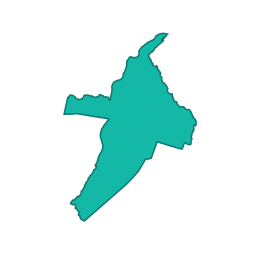 Bom Jesus da Lapa, Bahia, Brazil (orthographic projection), rotated 13°
{"feature_id": "56859067B88017045817221", "entity_name": "Bom Jesus da Lapa", "entity_type": "district", "adm_level": 2, "iso_a3": "BRA", "parent_name": "Brazil", "parent_adm1": "Bahia", "projection": "orthographic", "projection_center": [-43.321, -13.283], "detail": "fine", "context": "isolated", "style": "filled", "palette": "teal", "viewbox_px": 256, "rotation_deg": 13, "n_neighbors": 0, "source": "geoboundaries", "source_scale": "gbopen_adm2", "svg_char_len": 5829}
<svg xmlns="http://www.w3.org/2000/svg" viewBox="0 0 256 256"><g transform="rotate(13 128 128)"><path d="M193.2,110.6L193.6,110.0L193.5,109.4L193.3,108.7L193.2,107.7L193.1,107.1L192.8,106.5L192.4,105.8L192.3,105.3L191.7,104.9L191.4,104.3L190.6,103.9L189.9,103.5L189.3,102.9L189.0,102.4L188.6,102.0L188.2,101.7L187.7,101.5L187.6,100.9L187.4,100.4L187.0,99.8L186.4,99.2L186.1,98.5L184.6,97.1L183.7,96.4L182.3,96.5L181.6,96.8L180.8,96.9L180.1,96.7L179.6,96.4L179.3,96.0L178.7,95.6L177.8,95.1L177.2,94.8L176.8,95.1L175.1,95.5L174.4,95.3L173.9,95.8L172.5,95.0L172.0,94.6L171.5,94.4L170.7,94.0L170.3,93.4L169.8,91.9L169.1,91.5L168.5,91.9L168.0,91.8L167.3,91.2L166.8,91.0L166.4,90.6L165.6,89.3L165.0,88.6L164.7,87.6L164.2,87.1L163.8,86.7L163.7,86.2L163.5,85.3L163.0,84.7L162.4,85.0L161.5,85.4L160.9,85.3L160.2,84.9L159.7,84.8L159.0,84.3L158.0,83.0L157.7,81.9L158.0,80.6L156.8,79.5L156.4,78.8L156.0,78.1L155.3,77.8L154.8,77.4L154.0,76.8L153.7,76.2L153.0,76.2L152.3,75.9L151.5,75.9L151.1,75.4L150.8,74.6L150.4,74.0L149.9,73.6L149.8,72.9L150.0,72.3L149.4,71.0L148.0,70.0L147.7,69.5L147.4,68.9L147.3,68.1L147.4,67.0L146.9,66.6L146.6,66.2L146.1,66.3L145.5,66.5L145.2,65.9L145.3,65.4L145.1,64.8L144.6,64.4L144.0,64.4L143.4,64.2L143.4,63.6L143.3,62.9L143.2,62.1L142.6,61.5L142.1,61.2L141.6,61.2L141.4,61.9L141.0,62.3L140.6,62.0L140.1,61.8L139.0,61.8L138.5,61.5L138.2,61.0L137.6,61.0L137.4,60.5L137.7,60.0L137.5,59.2L137.0,59.1L136.2,59.1L135.8,58.9L135.5,58.3L135.4,57.5L135.5,57.0L134.7,56.3L134.0,56.3L133.4,55.8L133.4,55.0L133.1,54.3L131.9,53.8L131.5,53.2L131.8,52.8L131.9,52.2L132.2,51.7L132.2,51.1L132.6,50.1L133.1,49.7L133.5,49.4L134.1,48.8L134.9,47.7L135.7,46.1L135.9,45.3L136.1,44.8L136.3,44.4L136.5,43.7L136.9,43.1L137.5,42.7L138.1,42.0L138.3,41.3L138.6,40.6L139.2,40.1L139.8,39.3L140.2,38.7L141.2,37.5L142.2,35.8L142.6,35.5L142.9,34.9L142.8,34.2L142.1,34.1L141.8,34.5L141.2,35.6L141.0,34.8L141.3,33.3L142.5,32.3L143.1,32.3L143.0,31.7L143.5,31.1L143.3,30.7L144.0,30.4L144.5,29.9L144.7,29.3L144.8,28.1L145.2,27.6L143.3,27.7L142.2,27.7L140.7,27.9L138.9,28.6L138.0,29.1L136.9,29.9L135.6,31.0L134.4,32.5L134.3,33.2L133.9,34.6L133.4,35.7L132.9,36.3L132.4,36.7L131.5,37.2L130.5,38.4L129.3,39.0L128.8,39.3L128.5,39.7L125.8,42.9L125.2,43.8L124.7,44.5L123.9,45.0L123.2,46.1L122.8,46.8L121.5,50.0L121.4,51.1L121.7,51.7L122.0,52.4L122.1,53.7L122.0,54.7L121.8,55.5L121.4,56.1L120.9,56.8L120.3,57.3L119.4,57.7L117.7,58.1L116.8,58.2L114.9,58.0L114.5,58.1L113.8,58.4L113.4,59.1L113.0,60.6L112.8,61.1L112.1,62.3L111.9,63.0L112.0,64.0L112.4,66.1L112.8,68.5L112.3,71.3L112.3,72.1L112.4,73.0L112.1,73.8L111.6,74.9L111.2,76.8L111.3,77.7L111.5,78.5L111.8,79.2L111.8,79.7L110.5,81.5L109.4,82.8L106.9,84.1L105.6,85.0L104.4,86.1L103.7,87.2L103.1,89.4L102.9,90.7L103.0,91.6L103.3,92.4L103.6,93.6L103.9,94.7L104.1,96.2L104.1,98.3L104.2,101.3L104.4,102.4L104.4,103.8L104.3,104.9L103.7,105.2L103.1,104.6L102.9,104.0L102.6,103.2L102.3,102.5L101.5,102.7L100.9,102.7L100.4,102.6L99.7,102.6L98.6,103.0L97.9,103.2L96.8,102.3L94.5,102.0L93.6,101.8L92.9,102.0L92.5,102.4L92.1,103.7L91.3,104.4L90.5,104.8L90.1,105.1L88.7,105.6L88.2,105.5L87.6,105.5L87.0,105.3L86.3,105.0L85.7,104.8L84.8,105.3L84.2,105.0L83.7,105.1L83.1,105.4L82.0,104.9L81.5,104.9L80.5,105.2L79.5,105.6L78.8,105.7L78.1,105.9L77.8,106.7L77.8,107.5L77.0,109.3L76.5,110.0L75.9,110.4L75.4,110.5L74.7,111.0L74.0,111.3L73.3,111.1L72.8,111.4L72.1,111.3L71.4,111.1L70.9,110.8L69.6,109.8L68.8,109.6L68.0,109.1L67.3,108.7L64.4,108.8L64.0,109.1L63.7,109.9L63.0,111.4L62.4,111.8L62.6,129.0L67.4,127.8L73.6,125.9L75.3,125.5L83.7,124.9L90.3,124.6L106.3,123.4L106.8,123.5L107.4,123.9L106.6,125.3L105.6,127.4L104.7,129.4L104.0,131.0L103.7,131.9L103.6,132.6L103.4,133.1L103.1,133.6L102.7,134.5L102.5,136.1L102.4,138.7L102.5,139.9L102.7,141.1L103.1,142.6L103.4,143.6L104.4,144.6L104.6,145.4L105.2,146.7L106.6,149.0L107.2,150.2L107.8,151.9L107.8,152.6L107.8,154.3L107.7,155.5L107.4,157.3L106.6,159.1L106.3,160.5L105.7,163.5L105.7,164.4L105.7,165.7L105.5,168.2L105.4,168.8L105.2,169.6L104.9,170.2L104.5,172.0L105.6,172.0L106.0,172.4L105.7,173.0L105.6,173.6L105.8,174.1L105.8,174.7L105.5,175.3L105.1,175.5L104.5,176.0L104.1,176.6L104.0,177.1L104.1,178.2L103.9,178.7L103.5,179.4L103.3,180.8L103.1,181.4L102.6,182.0L102.0,182.5L101.7,183.2L101.7,183.9L101.0,185.4L100.5,186.0L100.8,187.2L100.5,188.4L100.5,188.9L100.2,189.5L99.5,190.3L99.1,191.6L99.1,192.2L98.8,193.3L98.6,193.8L98.9,194.2L98.9,194.9L98.5,195.4L98.2,196.7L98.3,197.3L98.0,197.9L97.5,198.4L97.5,199.1L97.3,199.6L97.1,200.1L96.7,200.4L97.0,200.8L97.1,201.5L96.9,202.6L96.5,204.0L96.2,204.5L95.7,204.9L95.6,205.8L95.1,206.0L94.5,205.9L93.8,206.6L94.0,207.5L93.2,207.9L92.9,208.4L92.4,208.9L92.2,209.5L92.0,210.3L90.5,210.6L90.1,211.2L89.8,212.1L89.4,212.6L89.1,213.3L89.3,213.9L89.1,214.4L89.5,214.7L90.1,214.9L90.6,214.8L91.1,215.1L92.0,215.1L92.6,214.9L93.0,214.6L93.6,214.3L94.1,215.1L94.4,215.7L94.9,216.3L94.6,217.1L94.5,217.9L95.0,218.3L96.5,218.4L97.0,219.1L97.7,219.7L98.2,220.3L98.8,220.4L99.5,220.8L99.2,222.5L99.1,223.2L99.3,224.0L100.5,224.2L100.9,224.4L100.9,225.1L101.7,225.8L101.7,226.5L103.0,227.6L104.2,228.0L104.8,228.0L105.5,227.7L106.1,227.9L106.4,228.4L139.0,183.3L142.1,178.2L147.9,167.7L152.0,154.7L157.4,152.4L159.5,134.9L181.5,136.4L185.3,136.4L185.8,134.9L185.9,134.0L185.8,133.4L186.0,131.6L186.4,130.4L186.7,129.9L187.3,129.5L188.0,129.7L188.5,130.2L189.2,130.3L190.0,130.3L190.8,130.6L191.4,130.4L192.0,130.1L192.8,129.9L192.7,129.2L192.9,128.6L192.8,127.8L192.5,127.1L192.2,126.4L192.2,125.9L192.5,125.4L192.8,124.5L192.6,123.9L192.2,123.6L191.7,122.6L191.5,121.9L191.9,121.1L191.6,120.6L191.5,120.0L191.6,119.4L191.8,118.2L192.0,117.8L192.3,116.4L192.4,115.8L192.1,115.3L192.6,114.9L192.5,114.4L191.7,112.3L191.6,111.8L191.6,111.0L192.1,110.5L192.7,110.1L193.2,110.6Z" fill="#14b8a6" stroke="#0f766e" stroke-width="1.5"/></g></svg>